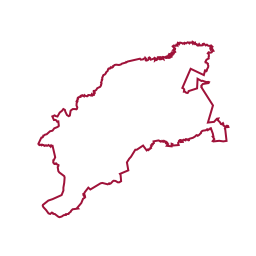 outline of Teapa, Tabasco, Mexico, rotated 78°
{"feature_id": "50627088B17236801966727", "entity_name": "Teapa", "entity_type": "district", "adm_level": 2, "iso_a3": "MEX", "parent_name": "Mexico", "parent_adm1": "Tabasco", "projection": "orthographic", "projection_center": [-92.975, 17.62], "detail": "fine", "context": "isolated", "style": "outline", "palette": "rose", "viewbox_px": 256, "rotation_deg": 78, "n_neighbors": 0, "source": "geoboundaries", "source_scale": "gbopen_adm2", "svg_char_len": 5650}
<svg xmlns="http://www.w3.org/2000/svg" viewBox="0 0 256 256"><g transform="rotate(78 128 128)"><path d="M65.5,81.1L65.0,84.1L66.3,84.5L67.5,85.9L67.4,86.3L66.0,86.1L65.7,86.5L67.0,86.7L67.5,87.6L66.2,87.2L65.0,87.6L65.6,88.7L65.9,91.6L65.2,91.9L64.2,91.8L63.4,92.4L63.7,93.2L65.2,93.8L65.7,94.4L65.9,95.7L65.7,96.4L65.5,96.6L64.0,96.0L62.9,96.6L63.4,96.9L63.5,98.1L64.0,99.0L63.8,101.3L62.7,101.9L62.9,114.5L63.3,115.6L63.1,116.0L63.5,116.2L63.8,120.6L64.4,121.8L64.5,123.7L63.6,126.5L63.6,128.1L64.1,128.7L64.2,129.6L65.1,129.9L65.6,130.9L65.6,131.5L64.9,132.0L65.2,132.6L66.0,133.0L65.8,134.5L66.4,134.8L66.4,135.3L67.9,136.0L69.1,138.0L70.0,138.4L71.0,139.9L71.0,140.9L71.5,141.4L72.6,142.0L73.2,142.7L75.0,143.0L75.2,143.5L76.0,143.5L76.7,144.2L77.8,144.5L78.0,144.9L79.2,144.7L80.1,145.5L80.7,145.5L81.9,146.6L82.7,149.8L84.1,151.1L84.7,152.3L84.6,153.8L85.2,154.0L85.3,153.4L86.9,153.2L87.5,153.8L87.6,154.5L88.5,154.5L88.5,154.8L87.7,154.9L88.6,155.8L87.6,156.4L88.7,156.9L88.6,157.5L88.1,157.8L87.5,159.9L87.9,160.0L88.5,161.4L87.6,163.1L86.9,163.7L87.2,163.9L87.1,164.4L87.7,164.6L86.8,165.5L87.1,165.8L86.9,166.5L86.5,166.5L86.7,167.7L87.7,167.9L87.6,169.8L88.0,170.8L88.4,171.0L88.4,170.6L89.1,170.7L89.9,171.6L90.8,171.7L90.8,172.4L91.3,172.8L92.0,172.3L92.8,173.0L95.3,173.7L97.3,173.3L98.7,174.0L99.0,174.8L98.6,175.4L98.0,178.0L98.7,179.8L99.3,180.6L103.7,182.3L104.1,183.5L102.6,185.0L99.0,185.9L97.1,186.0L96.0,187.3L97.4,188.9L98.7,191.6L102.1,194.6L101.1,196.6L100.4,197.1L100.9,199.6L104.8,198.8L105.0,197.3L105.7,196.5L107.2,195.9L107.1,194.8L111.5,195.2L111.9,195.6L112.4,196.9L113.0,200.2L114.9,202.4L115.0,205.0L117.2,208.8L117.3,210.7L117.9,211.8L117.8,212.4L119.2,213.2L119.5,214.0L119.3,214.6L119.8,215.1L124.8,218.9L125.1,218.5L125.9,218.5L126.3,218.2L126.2,216.8L126.9,216.3L126.4,215.5L127.0,214.9L127.1,214.0L127.9,213.7L128.2,213.2L127.8,211.8L128.5,211.1L128.6,210.5L128.1,209.3L129.4,208.2L129.0,207.2L130.1,207.2L129.5,206.2L129.7,205.5L141.5,205.3L144.3,207.5L144.2,207.8L146.3,208.3L147.1,207.9L147.4,207.4L147.9,207.4L148.1,206.8L147.6,206.0L147.7,205.5L148.7,205.2L149.8,203.7L150.6,203.9L151.6,204.9L155.7,205.1L157.1,204.5L161.8,200.4L163.3,200.3L168.4,201.8L172.9,203.6L175.8,204.2L179.8,206.9L181.9,216.6L182.4,221.0L185.5,227.2L186.3,227.6L187.9,227.2L191.2,225.2L195.0,223.5L195.9,222.0L194.9,220.0L195.7,219.1L196.4,219.0L196.9,217.5L200.4,214.5L201.0,213.5L200.8,211.2L199.9,209.1L200.1,206.8L199.4,206.7L199.7,204.0L199.0,203.5L197.9,201.3L197.2,200.9L196.0,199.1L196.4,193.5L195.4,194.1L191.7,189.3L187.9,186.7L187.1,184.6L187.5,184.1L185.0,185.3L184.8,184.6L185.1,184.3L184.6,184.3L184.1,184.7L183.9,185.4L183.3,185.5L182.7,184.2L181.8,183.6L178.1,179.2L180.3,177.6L176.4,166.3L176.4,164.5L178.9,159.5L178.2,158.0L178.9,157.6L178.6,156.3L176.9,153.9L176.6,153.0L177.2,151.2L179.0,149.3L179.3,147.9L178.6,145.8L172.3,145.0L171.2,145.4L169.5,136.5L161.4,136.2L158.3,133.2L156.8,131.1L150.8,125.4L151.1,124.0L148.3,116.9L153.8,114.4L153.1,112.9L153.8,112.6L152.4,109.7L151.7,110.0L150.7,108.7L149.7,109.0L149.3,107.3L148.6,107.5L148.1,105.8L146.4,105.8L146.5,100.7L147.4,99.4L147.6,99.5L148.0,99.0L147.7,98.7L148.3,97.6L147.8,97.2L148.7,96.3L148.0,95.5L148.8,94.6L149.1,94.9L149.9,94.1L149.4,93.6L150.3,92.8L151.1,93.8L151.5,93.3L151.2,92.9L152.1,92.1L153.5,93.7L155.0,89.2L152.5,88.6L153.0,87.8L154.4,88.2L155.2,82.0L153.0,82.1L152.1,81.1L151.3,80.9L150.6,79.8L150.7,78.8L151.7,78.2L152.0,78.3L151.8,79.5L152.7,79.4L153.0,77.3L151.5,77.4L151.0,76.2L152.1,74.3L151.8,73.9L151.1,74.2L150.9,73.8L151.3,72.6L152.6,71.5L152.6,71.0L151.6,71.0L151.3,70.2L151.1,66.6L150.3,64.3L149.2,62.5L149.4,61.9L150.1,61.4L149.4,59.6L148.5,58.5L148.3,57.8L147.3,57.4L146.5,56.4L146.2,55.2L146.4,52.3L145.7,50.9L146.7,50.4L146.1,49.3L146.2,48.3L145.5,47.7L145.4,47.0L151.2,46.2L154.1,46.2L154.1,46.9L156.8,45.9L158.4,47.9L158.9,47.3L159.5,41.4L160.9,37.6L161.1,34.3L149.8,33.2L148.7,33.4L148.1,33.0L147.7,32.0L147.9,29.6L146.9,29.7L146.3,30.8L147.0,32.6L145.3,34.2L143.7,33.9L143.0,34.1L143.8,35.6L143.4,36.3L141.4,36.9L138.9,38.6L137.5,37.6L137.4,39.1L139.9,42.6L139.3,48.7L123.6,40.2L104.3,47.4L103.0,47.4L103.0,47.7L101.9,47.5L100.5,45.6L100.8,39.9L100.0,39.2L99.6,39.8L99.3,41.9L97.2,45.5L97.3,46.4L94.3,49.7L103.6,52.2L104.5,61.0L105.9,61.9L106.1,62.8L105.4,64.0L104.4,64.5L104.1,65.8L102.0,65.0L100.9,65.5L100.1,66.5L83.1,54.4L92.0,42.8L87.6,40.7L87.8,40.0L88.7,39.7L88.4,39.1L86.9,38.4L85.1,36.9L83.8,36.5L82.2,36.8L81.7,36.5L80.0,37.9L80.0,38.5L79.4,38.6L77.5,37.0L76.8,34.6L75.2,34.4L74.8,34.0L73.3,33.7L72.2,33.8L71.6,34.4L70.7,33.4L71.4,32.0L71.5,31.0L71.3,30.3L70.3,29.7L70.3,28.4L67.9,29.2L67.9,29.9L68.5,30.8L67.1,31.0L66.5,30.7L66.3,28.8L66.1,28.5L64.5,29.6L64.8,30.6L64.2,32.5L62.9,33.5L63.4,34.8L61.3,36.2L61.4,37.4L61.8,37.6L62.4,37.4L62.6,37.8L62.4,39.7L61.7,40.6L60.7,41.0L61.3,41.6L62.0,41.7L61.8,42.8L61.4,43.2L60.2,43.4L59.9,44.9L58.6,44.7L59.0,46.3L58.1,45.8L57.2,46.8L58.4,47.2L57.5,47.8L57.7,48.6L57.2,49.5L58.0,50.4L56.9,51.2L56.6,51.9L57.3,53.6L56.5,54.7L57.3,55.4L56.6,56.0L56.9,56.9L56.1,57.6L55.3,59.3L56.5,60.4L55.4,60.9L55.0,61.5L55.7,61.9L57.7,62.4L56.7,63.5L57.6,64.2L56.8,66.1L57.4,67.3L58.5,66.7L60.0,65.4L60.6,65.6L60.4,66.6L61.1,67.5L61.4,66.6L63.4,66.0L63.7,66.9L64.9,68.0L64.1,69.0L63.8,67.8L63.2,67.5L63.1,69.5L64.0,70.3L65.2,69.9L64.3,72.0L65.7,72.1L66.0,71.7L65.9,70.8L66.7,70.3L67.2,70.5L66.5,71.7L66.8,72.0L67.6,71.6L68.0,72.6L67.9,73.6L67.7,74.2L66.0,74.1L67.5,75.7L67.3,76.3L66.2,76.1L66.5,77.3L65.7,79.1L66.0,79.7L67.4,79.0L68.0,79.0L67.2,79.8L67.6,81.0L67.5,82.5L67.3,82.8L66.9,82.5L67.0,80.5L66.7,80.1L65.5,81.1Z" fill="none" stroke="#9f1239" stroke-width="2"/></g></svg>